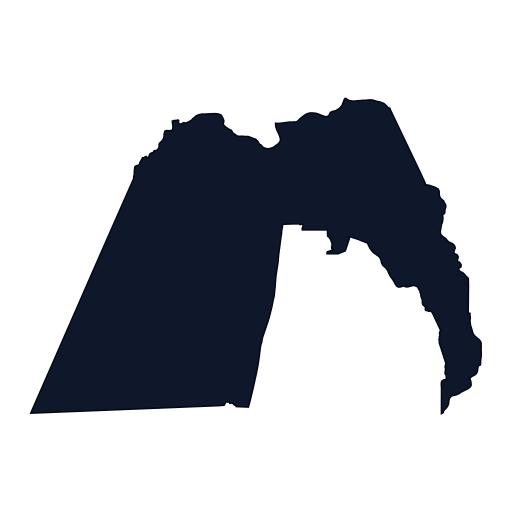 the district of Santarém, Pará, Brazil
{"feature_id": "56859067B9705629805023", "entity_name": "Santarém", "entity_type": "district", "adm_level": 2, "iso_a3": "BRA", "parent_name": "Brazil", "parent_adm1": "Pará", "projection": "equal_earth", "projection_center": [-54.756, -2.669], "detail": "fine", "context": "isolated", "style": "filled", "palette": "ink", "viewbox_px": 512, "rotation_deg": 0, "n_neighbors": 0, "source": "geoboundaries", "source_scale": "gbopen_adm2", "svg_char_len": 6124}
<svg xmlns="http://www.w3.org/2000/svg" viewBox="0 0 512 512"><path d="M275.6,123.2L275.6,125.1L275.9,126.9L276.7,129.6L277.5,131.3L278.3,132.9L279.6,135.9L280.3,138.5L280.5,140.1L280.1,141.3L279.1,142.8L278.1,143.9L277.3,144.5L276.1,145.3L273.9,147.0L272.7,147.6L269.1,148.7L268.3,148.8L265.9,148.4L264.3,147.9L262.5,146.9L262.1,146.2L261.0,145.0L259.6,144.3L259.0,143.5L257.8,141.3L256.1,139.6L255.4,139.1L253.1,138.4L251.3,137.6L248.1,136.5L244.8,136.5L242.8,136.2L238.5,136.3L236.6,135.7L235.6,134.8L233.2,133.2L232.5,132.5L231.8,130.9L231.2,130.2L230.7,130.1L229.3,129.4L227.3,128.1L225.8,127.1L223.8,125.2L223.4,124.5L223.4,123.4L223.5,122.5L223.8,121.5L223.8,120.7L223.3,119.1L221.8,116.1L221.5,115.6L221.0,115.0L220.2,114.6L217.6,113.8L214.4,113.6L203.9,114.1L202.3,114.0L198.6,114.8L196.1,115.9L195.1,116.8L193.1,118.4L191.5,120.2L188.0,122.2L185.7,123.0L184.8,123.0L184.1,122.7L183.4,122.7L181.1,124.2L179.1,123.7L178.6,123.0L178.5,121.2L178.7,120.4L177.7,119.9L176.7,120.4L173.9,120.5L172.3,121.1L172.5,123.6L172.8,124.8L172.9,127.6L172.8,128.6L172.4,129.6L171.6,130.4L170.2,130.7L168.1,130.7L167.2,130.5L165.7,130.7L164.8,131.3L164.0,134.4L164.2,135.3L163.8,137.4L163.2,139.1L162.3,140.6L159.5,143.3L159.1,144.2L159.2,145.6L158.8,147.8L158.5,148.5L156.7,150.3L155.8,150.6L154.3,150.6L153.1,152.5L151.1,153.1L149.7,154.2L149.2,155.8L148.5,157.0L147.8,157.8L147.1,157.7L146.5,156.8L146.0,156.4L145.3,156.5L144.8,157.3L143.8,157.8L143.1,157.6L142.5,157.8L140.1,162.2L139.8,162.9L139.6,163.8L139.1,164.5L138.5,165.2L137.8,165.5L136.4,165.6L135.9,166.1L135.1,166.4L134.7,167.4L134.2,172.7L134.3,173.8L134.2,174.8L133.7,176.4L133.6,178.7L97.9,259.7L30.7,413.2L220.7,405.6L221.4,405.4L224.0,405.3L224.6,404.5L225.1,403.3L226.2,401.8L226.8,401.7L227.3,402.1L228.4,401.8L229.4,402.6L229.8,403.3L230.8,403.4L231.5,402.8L232.2,403.1L234.0,404.4L234.4,405.1L235.3,405.2L235.9,405.9L236.2,406.6L248.4,407.1L250.3,399.9L252.9,389.2L256.4,373.3L257.6,367.2L258.5,361.7L259.2,356.9L260.3,347.9L260.8,344.9L261.6,342.6L262.5,337.7L263.5,334.7L267.7,322.2L269.3,317.1L271.9,306.7L272.9,301.3L274.2,295.9L275.2,285.7L275.8,277.4L276.3,273.5L278.0,262.6L278.7,254.3L279.8,246.1L280.9,237.3L281.5,233.9L281.7,230.9L282.3,227.6L282.7,224.3L294.1,223.9L299.1,223.9L299.9,224.5L300.5,224.6L301.9,224.2L302.9,224.5L303.1,225.6L302.9,226.9L302.3,228.0L302.2,229.2L302.3,229.9L327.5,229.9L327.5,233.2L327.6,236.2L328.6,236.7L329.2,237.5L329.7,238.5L330.7,239.4L331.2,241.4L331.9,243.1L332.1,244.8L331.6,247.2L331.7,248.4L332.2,249.1L332.9,249.3L333.5,249.7L327.5,251.8L327.0,252.5L327.0,253.8L338.0,253.8L345.3,250.9L349.3,238.8L349.4,236.6L356.8,238.9L367.7,243.2L368.0,244.4L370.2,248.7L372.6,251.8L373.7,252.8L379.3,256.8L380.2,258.4L381.2,260.7L381.4,262.2L381.9,263.6L382.5,264.7L383.7,266.2L385.0,267.2L386.5,268.8L387.5,270.3L387.9,270.9L388.2,272.0L389.8,275.3L390.7,276.8L392.8,279.6L395.6,284.6L396.3,285.6L396.9,286.2L398.0,286.9L398.7,287.1L400.7,286.9L403.5,286.0L405.4,286.7L406.6,286.9L407.8,286.9L412.6,285.6L413.8,285.5L416.4,286.2L418.3,287.6L418.3,288.6L419.8,290.8L420.0,292.2L420.4,293.1L420.8,294.2L421.0,296.4L421.4,297.5L422.4,300.5L422.3,302.4L422.5,303.5L422.9,304.8L424.6,306.2L425.3,307.0L425.4,308.3L425.3,309.4L425.5,310.2L426.3,310.6L427.4,310.6L428.4,311.2L429.3,311.4L430.2,311.1L431.0,311.1L431.9,312.2L432.4,312.9L440.8,330.8L440.1,331.3L439.7,332.0L439.5,332.9L439.6,334.1L439.9,335.1L439.7,336.0L439.3,336.6L439.5,337.5L439.0,339.3L439.1,340.4L439.5,341.4L439.2,342.6L445.9,363.4L445.1,366.7L445.2,367.6L445.6,368.8L445.0,372.9L445.3,374.2L445.9,374.9L446.2,375.7L446.2,376.6L446.4,377.5L446.4,378.5L445.8,379.3L444.9,379.8L444.0,379.8L443.3,380.1L442.6,380.7L441.8,381.1L441.5,382.1L441.3,383.2L441.3,385.9L441.5,386.8L441.4,413.6L443.2,412.7L443.7,410.7L444.2,410.1L446.3,408.0L447.3,406.6L448.2,404.9L448.5,404.0L449.1,399.3L449.4,398.5L450.5,397.0L451.7,396.0L452.4,395.6L454.6,395.3L456.0,394.9L459.3,393.5L460.9,392.2L467.8,388.8L470.0,387.2L470.6,386.4L471.0,385.6L471.2,384.7L470.8,381.5L470.6,380.7L470.0,379.0L470.0,378.2L471.6,376.6L474.7,375.0L476.4,373.5L477.0,372.4L477.6,370.3L477.8,367.7L478.3,366.3L478.7,365.6L480.2,365.1L480.5,364.0L480.7,363.2L480.5,362.1L480.6,361.1L481.2,356.1L481.3,353.0L481.1,349.9L481.2,346.1L481.1,343.0L480.8,341.9L479.4,339.9L474.8,336.0L473.2,333.9L472.8,333.0L471.3,327.5L470.7,326.0L470.1,322.3L470.0,321.2L470.3,317.5L469.9,314.8L470.0,313.3L468.2,313.3L468.5,284.0L468.4,282.8L468.4,280.4L468.3,278.5L467.8,277.8L465.8,275.9L464.8,274.6L463.3,273.2L462.6,272.5L461.0,272.0L459.9,271.2L459.0,270.1L458.8,269.4L458.7,268.3L459.4,267.8L460.6,267.4L460.9,266.8L461.2,265.3L461.1,264.5L459.9,262.8L459.3,262.1L458.2,261.9L457.6,261.0L457.4,260.3L457.6,259.1L458.2,257.4L458.1,256.6L457.7,255.7L456.8,254.6L454.9,253.8L454.4,253.4L453.9,252.5L453.9,251.4L454.4,250.0L455.2,248.3L455.1,247.2L454.3,245.3L452.5,243.6L450.6,242.8L449.8,242.3L448.7,242.1L445.7,238.6L445.0,238.0L443.1,236.8L441.3,235.0L440.7,234.1L440.4,233.1L440.3,232.0L440.4,230.9L441.5,224.5L442.1,223.1L442.6,221.2L443.0,217.9L442.6,215.3L443.1,214.6L444.1,213.8L444.7,213.0L444.9,212.3L444.8,211.3L444.9,210.5L445.1,209.1L445.6,207.8L445.8,206.5L445.7,205.0L445.4,204.3L444.2,202.6L443.7,201.0L440.8,198.5L439.9,197.1L439.2,194.5L439.2,193.5L439.2,191.5L439.0,190.8L438.1,188.9L437.3,188.7L435.5,187.4L429.2,185.3L425.8,184.7L425.4,184.2L425.1,182.8L417.8,167.2L390.2,109.4L389.8,108.1L389.0,108.1L388.2,107.8L385.8,105.1L384.2,103.7L383.1,103.1L379.5,101.8L376.6,101.3L373.0,100.1L371.5,99.9L369.4,99.9L364.5,100.3L361.2,100.4L360.5,100.6L359.0,100.6L354.4,101.1L352.7,101.1L349.2,100.5L347.5,99.6L345.8,98.4L345.1,98.4L344.4,99.3L344.0,100.1L342.2,105.1L340.3,107.5L338.8,108.8L335.8,110.6L332.4,111.5L331.0,112.1L330.3,112.6L329.8,113.5L329.0,115.2L328.6,115.8L327.9,116.2L326.6,116.6L325.0,116.6L323.6,116.0L321.6,115.4L320.1,114.7L316.1,113.3L312.1,112.9L309.5,113.0L307.9,113.5L306.0,114.2L303.5,115.9L300.3,118.4L298.0,120.8L296.4,121.9L295.0,122.1L294.1,121.8L292.9,122.1L289.1,122.1L280.1,123.3L276.9,123.4L275.6,123.2Z" fill="#0f172a" stroke="#020617" stroke-width="1.5"/></svg>